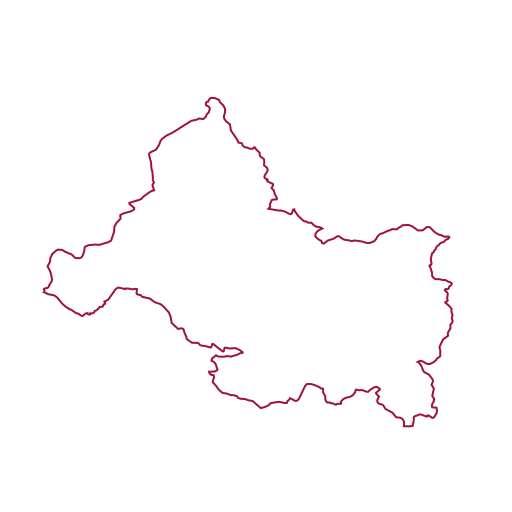 Ky Son, Nghệ An, Vietnam (Equal Earth projection), rotated 99°
{"feature_id": "81297802B2701886719052", "entity_name": "Ky Son", "entity_type": "district", "adm_level": 2, "iso_a3": "VNM", "parent_name": "Vietnam", "parent_adm1": "Nghệ An", "projection": "equal_earth", "projection_center": [104.217, 19.409], "detail": "fine", "context": "isolated", "style": "outline", "palette": "rose", "viewbox_px": 512, "rotation_deg": 99, "n_neighbors": 0, "source": "geoboundaries", "source_scale": "gbopen_adm2", "svg_char_len": 6043}
<svg xmlns="http://www.w3.org/2000/svg" viewBox="0 0 512 512"><g transform="rotate(99 256 256)"><path d="M401.0,83.3L400.2,77.6L399.3,74.7L393.9,74.4L390.5,75.0L389.2,73.8L388.0,71.2L387.3,70.5L386.8,69.4L386.8,67.7L387.9,62.7L387.6,61.6L386.8,61.8L386.4,60.8L387.5,58.1L388.0,57.8L388.2,55.7L387.0,54.7L382.8,53.0L380.4,53.0L377.6,54.0L377.9,58.2L376.8,58.9L373.7,58.6L371.8,57.5L370.6,57.9L369.4,57.5L366.6,60.0L359.1,59.6L355.7,62.5L352.3,61.6L350.4,62.1L346.2,66.5L344.4,71.6L343.0,73.0L338.9,75.4L335.8,78.2L335.4,79.7L334.0,77.9L333.8,76.9L334.0,75.0L335.8,70.3L335.5,67.4L333.2,64.1L331.0,62.1L328.8,61.0L326.6,58.7L325.6,58.4L320.3,59.3L317.2,60.6L309.3,58.3L304.8,53.9L301.9,54.5L296.9,52.6L293.6,53.3L290.6,51.6L289.5,51.6L286.8,53.0L283.6,52.6L280.4,54.3L277.7,54.5L275.0,57.6L272.4,61.8L271.7,61.7L271.0,60.3L270.0,59.7L268.4,60.5L263.4,60.7L262.3,61.3L260.2,64.2L258.9,63.6L258.9,61.7L258.4,60.8L256.3,60.5L254.1,58.6L252.5,58.3L251.8,59.2L251.1,62.7L250.1,65.0L250.5,67.8L250.2,70.8L250.8,75.1L250.1,76.8L248.4,78.8L244.5,79.7L239.7,82.2L238.7,83.2L238.0,82.9L237.4,81.8L236.3,81.4L231.3,82.9L225.7,82.5L224.2,81.0L222.7,80.8L221.3,79.7L218.4,79.0L216.6,77.2L214.5,76.0L212.6,72.6L210.4,71.1L209.0,68.9L207.2,68.0L206.8,68.3L206.7,68.9L207.1,69.9L206.9,70.8L207.6,72.9L207.1,73.9L206.9,75.4L206.3,76.3L206.4,78.1L205.4,81.3L203.9,84.1L200.3,88.9L200.7,91.7L204.7,95.6L205.4,100.0L202.4,106.1L201.6,109.3L201.6,111.2L202.8,116.3L204.2,117.3L205.9,119.7L207.6,121.0L208.2,125.9L209.6,127.5L210.1,129.0L214.1,135.1L214.7,136.8L218.2,139.4L220.3,139.9L222.8,141.5L225.4,145.8L225.8,148.5L225.1,153.8L225.1,157.3L225.3,161.5L226.4,163.6L226.0,166.8L226.1,170.8L225.7,172.7L223.7,176.8L223.6,178.5L226.9,182.3L229.6,187.7L233.1,190.9L232.9,192.7L230.7,194.0L230.4,195.5L228.7,198.8L227.5,200.4L226.8,200.6L224.6,200.6L222.3,199.5L220.3,197.5L218.5,194.8L217.6,197.2L217.6,201.4L216.6,203.6L214.5,206.4L214.9,209.9L214.1,211.5L214.2,213.3L213.7,214.9L209.6,220.8L205.5,224.8L203.9,225.5L204.4,226.6L208.5,227.3L209.3,228.3L208.9,230.6L207.7,233.9L207.2,238.2L207.6,242.1L207.4,251.2L205.0,249.6L203.1,250.4L198.3,249.2L197.5,247.7L196.9,244.6L196.1,244.1L191.4,247.4L188.5,248.6L186.4,251.3L183.5,250.2L182.2,250.6L180.5,256.4L179.6,256.9L179.0,256.4L178.5,256.9L177.9,259.0L177.1,260.0L175.0,260.0L171.0,258.2L169.0,257.9L167.2,258.9L165.1,262.3L161.8,262.5L159.1,263.3L157.0,267.2L156.0,268.0L153.4,268.6L150.7,272.6L148.9,274.0L149.0,274.9L150.4,275.7L150.8,277.2L151.0,279.0L150.3,281.6L150.4,283.7L149.3,286.1L146.9,287.6L146.7,291.2L144.0,292.8L136.0,300.4L130.1,302.3L127.6,306.6L125.3,308.9L123.4,309.6L119.6,309.1L116.8,309.3L115.0,309.9L112.4,311.8L110.1,315.2L107.5,317.1L106.5,321.2L106.8,324.9L107.9,326.4L111.1,327.6L111.4,328.7L112.9,329.5L114.8,329.0L115.9,326.1L117.0,324.9L117.9,324.6L121.9,325.2L123.2,326.6L126.2,327.3L128.3,328.8L129.1,329.8L129.0,333.4L130.7,336.2L132.7,341.2L147.2,357.7L151.1,363.3L155.0,367.1L157.7,368.4L161.4,369.1L165.9,371.0L167.1,372.0L170.2,376.6L171.4,377.5L173.3,377.3L180.3,374.2L185.5,373.1L189.5,371.4L195.3,370.0L196.7,370.0L199.4,368.3L201.7,369.3L202.7,369.2L207.1,366.9L208.0,369.2L210.8,372.4L215.1,376.6L217.3,377.9L218.7,379.9L223.3,389.4L224.4,389.1L227.6,383.8L228.5,383.6L229.8,384.4L231.5,386.6L234.3,392.9L236.6,396.4L240.5,395.7L245.2,399.0L249.1,400.4L254.3,400.0L263.4,401.5L265.5,404.1L269.2,411.8L269.7,413.7L269.8,416.3L271.4,422.8L273.1,425.6L274.1,426.6L277.7,426.4L282.6,427.2L284.6,428.2L285.7,429.7L286.3,433.6L286.0,434.6L283.1,438.6L282.5,442.5L281.8,443.8L281.9,444.7L280.3,448.3L280.7,452.6L281.5,453.9L285.7,457.4L289.8,458.7L294.2,458.6L298.7,460.3L302.7,457.3L305.8,455.7L310.9,453.8L313.1,453.9L316.7,455.5L319.2,456.1L320.0,456.9L321.4,460.1L321.9,460.4L323.2,459.6L324.5,459.3L324.9,459.7L326.3,454.8L326.3,450.4L326.7,448.6L328.1,445.9L333.5,439.8L336.2,435.5L337.0,433.1L337.8,432.2L337.8,430.4L340.6,424.8L340.7,422.3L341.7,420.8L342.5,418.4L342.2,417.7L340.0,415.9L338.9,414.3L338.9,413.4L339.7,413.1L340.0,412.4L339.7,410.7L338.5,410.7L338.3,408.6L337.0,407.0L335.6,406.8L334.4,404.7L333.2,404.1L332.2,402.9L330.7,402.5L330.3,400.3L329.8,399.4L327.8,399.1L327.0,397.7L325.5,397.7L324.7,398.6L322.2,395.1L311.0,389.6L309.0,387.7L308.7,385.7L309.2,380.1L308.5,379.8L308.1,376.4L308.3,373.2L307.2,369.2L307.3,368.3L311.6,368.2L312.5,367.2L312.7,363.6L314.1,362.1L314.6,354.3L317.5,348.7L318.5,342.6L320.6,339.3L325.3,333.3L329.2,330.9L335.4,328.8L340.2,321.5L339.0,318.2L339.5,316.3L343.9,314.1L346.6,312.2L348.8,311.5L351.7,305.7L350.9,299.6L352.8,297.2L353.0,296.2L352.9,292.0L353.5,286.6L352.9,285.9L349.7,285.4L349.5,284.7L355.5,274.0L355.1,273.0L351.7,272.7L351.3,272.2L351.5,267.6L350.4,263.0L350.3,261.4L351.6,257.0L353.2,254.1L353.6,254.0L354.7,256.7L356.7,259.5L359.3,265.1L359.4,268.8L360.6,272.3L361.1,276.6L361.0,278.6L360.3,279.9L364.1,283.4L366.4,283.6L367.2,281.0L369.1,278.9L374.2,276.3L375.0,276.6L376.6,278.9L377.6,284.2L378.9,283.7L379.9,282.9L380.1,281.6L380.5,281.3L380.3,279.2L382.4,278.4L385.8,279.1L387.5,278.9L390.3,275.3L393.9,271.8L396.4,267.8L396.5,262.9L397.4,259.3L397.0,256.8L397.4,252.8L399.0,251.5L399.4,248.5L399.0,244.8L399.7,240.4L399.8,236.6L405.5,227.4L403.8,223.8L401.5,220.2L399.3,218.8L397.9,215.3L396.4,210.3L396.7,204.6L396.4,202.7L394.5,202.2L391.8,200.2L391.2,200.2L391.9,197.4L392.9,195.1L392.7,193.2L391.4,191.9L389.2,190.9L376.8,187.2L374.5,185.7L373.8,182.0L374.3,177.9L375.7,172.7L376.7,170.9L376.6,168.9L380.1,168.5L382.9,166.2L384.9,165.3L386.9,165.1L388.8,163.9L389.6,162.4L389.1,160.2L389.7,159.5L389.5,157.5L390.4,153.9L389.4,152.8L388.7,149.1L388.1,148.8L386.8,149.4L384.0,147.7L382.2,145.4L380.3,141.1L378.6,138.8L375.3,136.9L372.4,136.5L372.4,132.9L371.8,130.1L372.7,125.8L372.7,124.1L370.0,122.0L367.3,118.8L366.3,116.6L366.8,115.0L368.0,112.9L368.7,112.9L372.3,116.0L373.2,115.7L375.7,112.5L379.4,113.7L381.5,113.1L382.6,111.6L383.2,107.6L383.6,106.9L386.7,104.3L389.5,96.6L393.3,92.4L393.2,88.1L394.1,85.8L396.4,83.9L401.0,83.3Z" fill="none" stroke="#9f1239" stroke-width="2"/></g></svg>